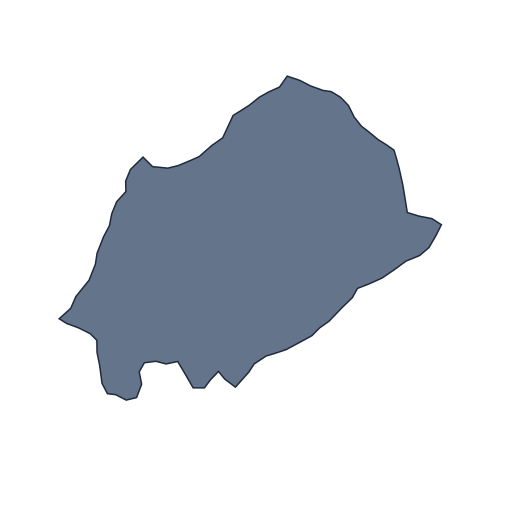 outline of Balbinos, São Paulo, Brazil, rotated 20°
{"feature_id": "56859067B19788452853762", "entity_name": "Balbinos", "entity_type": "district", "adm_level": 2, "iso_a3": "BRA", "parent_name": "Brazil", "parent_adm1": "São Paulo", "projection": "robinson", "projection_center": [-49.333, -21.895], "detail": "fine", "context": "isolated", "style": "filled", "palette": "slate", "viewbox_px": 512, "rotation_deg": 20, "n_neighbors": 0, "source": "geoboundaries", "source_scale": "gbopen_adm2", "svg_char_len": 1237}
<svg xmlns="http://www.w3.org/2000/svg" viewBox="0 0 512 512"><g transform="rotate(20 256 256)"><path d="M370.2,139.9L360.8,125.1L354.5,116.1L349.4,109.3L340.1,106.8L331.0,104.9L319.6,100.8L310.7,98.0L300.9,92.0L291.3,82.9L281.1,77.9L270.3,75.8L262.4,77.5L248.8,77.5L237.2,76.0L223.8,76.3L220.3,89.2L211.7,97.6L205.0,105.4L197.8,117.1L186.4,131.8L184.3,156.3L176.7,167.2L168.6,182.0L162.1,188.3L152.0,197.6L143.1,203.6L128.2,207.4L116.0,201.7L108.4,217.7L107.9,230.2L111.7,239.9L106.5,252.7L106.0,265.6L107.9,277.6L106.2,289.9L105.7,307.7L107.9,318.6L107.4,335.8L100.6,355.7L99.8,368.5L92.5,382.3L101.4,384.2L113.3,384.2L126.9,385.7L135.3,389.7L139.6,401.0L146.4,412.1L154.9,428.4L163.5,436.2L171.6,434.3L183.3,435.8L192.2,429.9L192.4,415.6L185.9,404.8L187.6,394.5L197.9,389.2L208.4,388.2L218.5,381.9L229.3,390.7L242.0,401.4L252.6,397.6L255.6,387.8L260.2,377.3L268.6,382.3L281.5,386.3L289.0,367.5L291.1,358.2L299.7,346.5L306.5,341.5L316.3,333.7L329.5,318.9L335.8,311.7L340.4,301.7L346.9,292.4L354.5,275.1L360.8,262.1L362.4,251.8L371.9,243.4L382.0,233.6L390.9,221.2L398.7,209.5L409.6,199.6L415.7,188.8L418.2,174.7L419.5,163.2L408.4,160.7L395.2,162.8L383.3,163.4L370.2,139.9Z" fill="#64748b" stroke="#1e293b" stroke-width="1.5"/></g></svg>